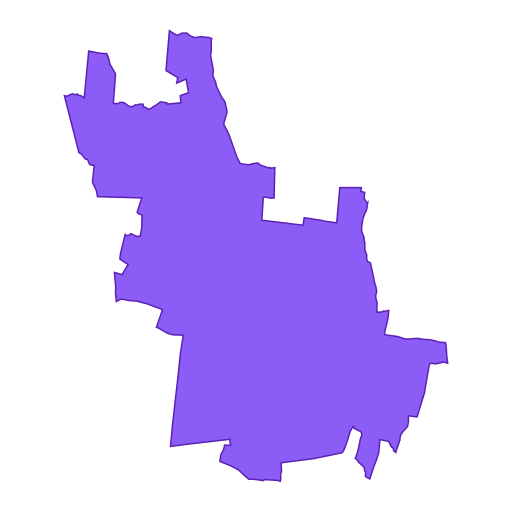 Mama, Yucatán, Mexico
{"feature_id": "50627088B18700427518498", "entity_name": "Mama", "entity_type": "district", "adm_level": 2, "iso_a3": "MEX", "parent_name": "Mexico", "parent_adm1": "Yucatán", "projection": "equal_earth", "projection_center": [-89.374, 20.51], "detail": "fine", "context": "isolated", "style": "filled", "palette": "violet", "viewbox_px": 512, "rotation_deg": 0, "n_neighbors": 0, "source": "geoboundaries", "source_scale": "gbopen_adm2", "svg_char_len": 4163}
<svg xmlns="http://www.w3.org/2000/svg" viewBox="0 0 512 512"><path d="M254.5,479.3L255.5,479.6L256.6,479.6L263.3,480.6L264.7,479.6L274.6,480.2L277.7,480.5L280.3,481.3L280.8,478.8L280.6,476.1L280.8,473.5L281.5,471.7L281.5,469.5L281.1,462.8L291.1,461.5L296.0,460.9L313.8,458.6L342.3,452.7L343.2,451.2L344.2,449.5L347.5,440.4L350.1,431.6L353.3,426.2L353.8,426.6L353.8,427.3L353.9,427.5L354.4,428.4L354.7,428.8L355.2,429.0L355.8,429.1L356.4,429.3L356.8,429.7L357.9,430.4L358.9,430.8L360.2,431.2L361.2,432.2L361.5,433.2L361.9,434.7L361.6,435.6L360.8,437.6L360.1,440.1L359.8,442.0L359.2,444.4L358.5,448.1L357.5,452.2L355.3,458.2L356.0,459.0L357.2,460.1L358.5,462.1L364.2,467.4L364.7,470.8L365.6,472.5L365.4,476.5L369.8,479.0L371.2,474.6L374.3,465.3L376.1,460.9L378.7,453.0L378.9,451.3L379.9,439.6L381.4,439.9L381.6,440.0L381.9,440.0L388.2,441.3L389.0,442.1L390.7,445.7L390.8,445.9L390.8,446.0L391.0,446.4L393.8,448.9L393.4,450.4L395.8,452.5L396.5,449.9L399.2,442.1L399.5,440.5L399.9,440.3L400.0,437.8L400.4,435.6L401.5,433.7L403.1,431.4L404.9,429.5L406.3,427.8L407.5,426.6L408.5,421.2L408.4,415.8L417.0,417.0L424.4,393.1L424.6,392.3L425.3,387.5L429.0,366.4L429.3,365.1L429.9,363.9L431.5,363.2L432.9,363.4L435.0,364.0L436.0,363.7L437.0,363.6L443.4,362.1L445.2,362.5L447.6,363.2L447.4,360.6L446.8,356.6L446.2,346.0L445.4,342.6L439.5,342.2L435.6,341.0L429.9,339.7L423.5,339.4L421.3,339.0L420.7,338.9L417.8,338.4L413.9,338.5L410.0,339.1L408.2,338.9L407.1,339.1L405.9,339.2L404.6,338.7L403.0,338.3L397.6,336.5L384.6,334.7L384.9,331.2L387.5,320.6L388.2,316.8L388.7,310.5L384.2,311.3L383.5,311.1L381.1,312.2L379.1,312.1L376.8,312.2L377.1,302.8L375.8,298.1L375.8,294.6L376.4,292.9L376.7,291.7L375.9,286.7L374.5,282.4L373.5,276.8L370.4,262.8L367.6,261.4L366.7,259.4L366.7,254.9L365.3,251.2L364.8,249.1L364.9,246.9L364.8,243.6L364.9,242.9L364.3,240.6L364.1,237.8L361.5,230.6L361.7,226.1L363.0,218.5L365.1,212.7L366.1,211.2L367.0,208.2L367.2,206.0L367.7,202.7L367.3,203.2L366.4,201.9L365.4,200.2L364.1,198.5L364.3,196.6L364.4,194.8L364.5,194.1L364.5,193.7L364.6,193.3L364.6,193.1L364.7,192.5L363.2,192.0L360.8,191.2L361.4,187.6L339.8,187.6L336.7,222.8L323.4,221.0L322.3,220.5L304.2,217.7L303.0,225.2L261.8,220.2L263.3,197.4L264.7,197.0L270.2,198.1L274.1,198.0L274.8,167.6L270.3,168.2L270.1,167.6L269.1,167.6L268.9,168.1L260.7,165.2L257.6,162.9L251.8,163.8L249.4,164.8L242.1,164.0L240.3,163.6L237.0,157.3L236.2,155.0L228.9,134.4L226.4,129.4L224.0,124.8L223.8,123.5L227.1,112.0L226.7,109.8L225.0,101.9L221.3,96.5L216.7,86.9L215.6,82.2L212.8,75.5L213.3,71.5L213.0,68.4L210.6,55.5L210.9,53.8L211.3,51.0L211.2,41.6L211.7,38.6L209.2,37.5L202.5,36.9L200.5,36.8L195.0,37.6L190.2,35.9L187.0,33.1L181.9,33.1L179.8,34.3L176.6,35.2L169.4,30.7L166.0,70.6L177.7,77.5L176.7,83.1L186.1,79.1L188.5,92.7L180.3,95.6L180.8,102.8L167.1,104.1L166.7,102.7L160.4,101.9L154.8,106.0L153.2,106.6L151.5,108.1L148.7,109.4L145.7,107.4L143.9,107.3L142.9,104.1L138.8,104.2L136.9,105.2L135.5,104.7L132.7,106.6L128.9,106.4L126.4,104.3L125.7,103.9L124.8,103.1L122.2,102.3L119.9,102.4L118.6,103.5L117.7,103.6L114.2,103.5L113.3,103.0L114.7,85.7L115.4,75.7L115.4,73.6L110.0,64.3L108.6,58.3L106.7,53.5L106.5,53.4L105.6,53.8L102.7,53.4L99.9,53.2L88.7,51.1L84.2,98.0L81.0,95.7L78.3,95.2L77.2,93.9L75.1,95.0L73.6,94.1L72.9,93.8L69.8,94.6L68.9,95.6L66.4,96.2L64.4,95.7L78.9,152.6L81.5,154.2L85.4,159.1L87.5,159.3L89.5,164.3L92.2,165.2L94.2,165.3L93.3,174.0L92.5,182.4L96.3,190.4L97.5,196.7L141.8,197.9L137.1,212.4L138.8,213.8L142.1,215.2L141.8,220.5L141.9,223.6L141.8,227.9L140.1,236.3L136.7,236.3L133.3,234.8L130.8,233.6L129.7,235.1L126.5,235.5L125.2,234.5L120.6,253.0L119.8,259.0L126.2,263.4L128.2,264.2L122.1,274.6L114.4,272.4L115.7,286.7L115.5,292.9L116.3,301.6L120.8,299.2L122.8,299.2L128.6,300.5L136.7,301.1L144.4,303.2L147.0,303.8L157.3,307.7L158.4,308.0L162.5,309.6L156.4,327.3L158.2,327.9L167.5,333.3L172.9,334.8L183.3,335.2L180.5,352.6L178.5,371.8L178.5,372.1L172.5,425.0L170.5,446.4L191.5,443.7L230.0,439.3L229.9,442.1L230.7,445.2L224.5,445.1L224.1,447.7L223.4,450.0L220.9,454.6L219.8,461.4L231.0,465.9L238.8,470.1L244.6,475.6L248.7,479.2L254.5,479.3Z" fill="#8b5cf6" stroke="#5b21b6" stroke-width="1.5"/></svg>